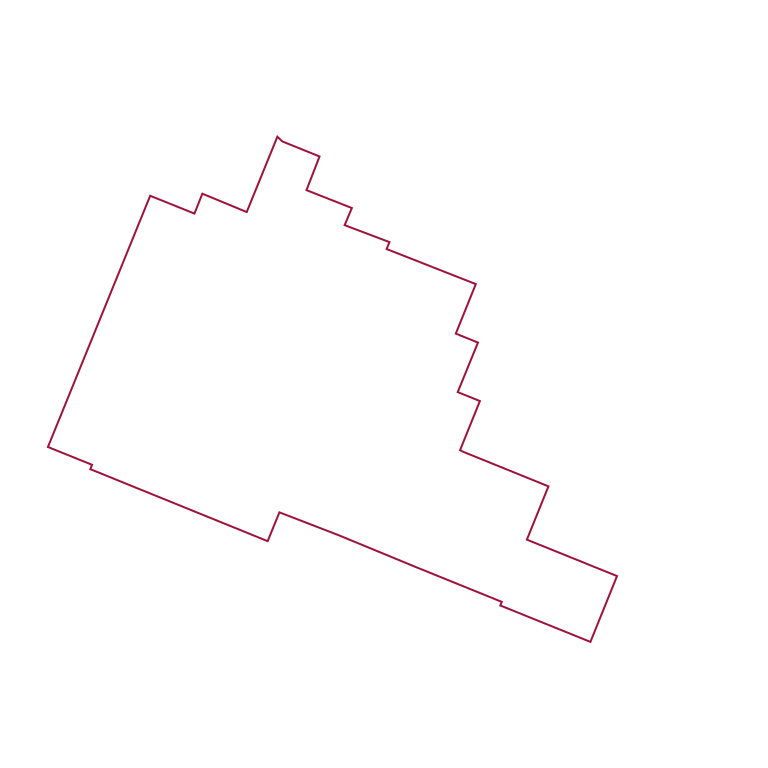 Sweet Grass, Montana, United States of America, rotated 292°
{"feature_id": "52423323B34520294903194", "entity_name": "Sweet Grass", "entity_type": "district", "adm_level": 2, "iso_a3": "USA", "parent_name": "United States of America", "parent_adm1": "Montana", "projection": "natural_earth1", "projection_center": [-109.875, 45.696], "detail": "fine", "context": "isolated", "style": "outline", "palette": "rose", "viewbox_px": 768, "rotation_deg": 292, "n_neighbors": 0, "source": "geoboundaries", "source_scale": "gbopen_adm2", "svg_char_len": 572}
<svg xmlns="http://www.w3.org/2000/svg" viewBox="0 0 768 768"><g transform="rotate(292 384 384)"><path d="M293.2,672.0L293.2,574.8L350.7,574.8L350.8,483.6L351.1,479.3L404.1,479.3L404.1,455.4L457.6,455.6L457.6,431.7L511.0,431.7L510.1,335.9L517.6,335.9L516.5,288.0L535.1,288.3L534.7,239.5L570.8,239.0L570.8,198.9L573.3,192.5L492.0,192.3L492.4,144.3L471.0,144.4L470.9,96.7L199.7,96.0L199.7,115.9L199.7,143.6L195.0,143.6L194.7,335.0L225.8,335.1L226.8,398.5L226.2,480.7L226.1,574.8L222.2,574.8L222.2,672.0L293.2,672.0Z" fill="none" stroke="#9f1239" stroke-width="2"/></g></svg>